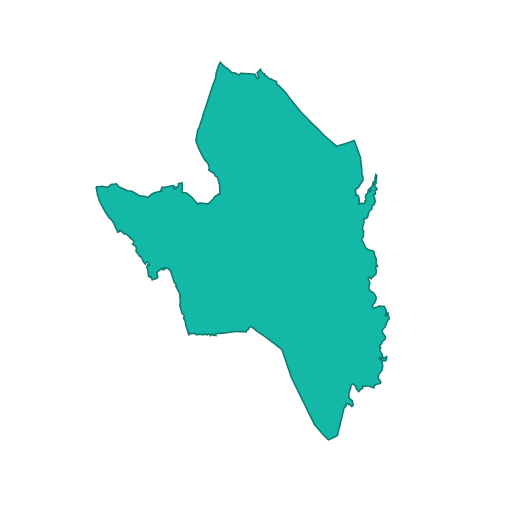 the district of Kombuļu pag., Kraslavas, Latvia, rotated 75°
{"feature_id": "27541924B40746189517992", "entity_name": "Kombuļu pag.", "entity_type": "district", "adm_level": 2, "iso_a3": "LVA", "parent_name": "Latvia", "parent_adm1": "Kraslavas", "projection": "natural_earth1", "projection_center": [27.23, 55.975], "detail": "fine", "context": "isolated", "style": "filled", "palette": "teal", "viewbox_px": 512, "rotation_deg": 75, "n_neighbors": 0, "source": "geoboundaries", "source_scale": "gbopen_adm2", "svg_char_len": 6141}
<svg xmlns="http://www.w3.org/2000/svg" viewBox="0 0 512 512"><g transform="rotate(75 256 256)"><path d="M326.8,285.0L325.8,284.6L325.5,284.1L325.4,283.1L323.0,280.5L322.7,279.2L323.7,278.3L329.2,274.3L337.1,267.4L353.0,255.2L382.3,253.3L433.9,243.2L446.8,236.9L452.4,233.6L451.0,226.0L450.4,223.8L424.8,209.8L424.3,208.6L424.7,208.6L424.3,207.8L422.3,207.3L421.6,206.5L423.5,205.0L423.6,204.1L423.9,203.6L426.2,202.6L425.6,201.1L425.3,200.7L420.5,200.5L418.4,202.3L417.8,202.5L414.2,202.4L410.5,200.5L408.1,198.6L406.1,198.2L404.4,195.8L404.5,195.2L406.0,194.6L407.0,193.7L409.4,193.2L410.0,193.5L413.7,191.9L411.9,189.4L411.6,187.4L409.2,186.6L410.1,185.2L410.1,183.3L410.7,180.9L413.9,176.2L412.4,175.5L411.1,173.8L411.2,169.8L411.1,168.8L410.9,168.3L409.9,168.1L408.4,168.4L406.5,169.3L404.7,169.3L403.0,168.7L402.1,168.1L399.7,164.5L395.5,162.2L394.9,162.0L389.6,161.7L389.6,161.1L390.3,160.1L390.8,158.4L390.3,157.2L389.1,156.5L387.5,155.9L386.8,155.9L386.7,156.1L387.3,156.8L387.5,157.3L387.4,159.1L387.9,160.3L387.7,161.2L388.3,161.8L387.3,162.5L388.1,163.3L387.9,163.5L386.5,163.3L385.7,162.7L385.7,162.0L387.1,161.3L387.3,161.0L386.7,160.1L385.8,159.6L383.7,159.6L379.2,160.8L378.0,160.5L377.4,159.5L376.9,159.3L375.0,160.1L374.6,159.7L374.0,158.2L371.2,155.9L370.0,153.3L369.4,152.4L368.3,152.0L367.4,152.0L362.3,153.7L360.6,153.2L359.4,152.1L357.7,149.3L352.6,145.8L351.2,143.6L350.6,143.3L348.6,143.6L344.9,143.3L344.9,143.7L345.2,144.1L347.7,145.7L347.7,146.1L347.2,146.4L346.1,146.3L344.5,145.0L342.3,144.2L337.7,145.3L337.2,147.6L336.0,150.1L336.8,152.5L336.7,154.4L337.0,155.6L336.8,156.2L335.8,156.5L334.9,156.5L333.9,156.1L333.1,155.5L332.2,153.8L330.9,152.5L327.8,150.7L324.9,150.9L322.7,151.8L321.0,152.8L319.1,154.8L317.0,155.3L315.2,155.1L311.6,153.0L310.3,153.0L307.1,153.7L305.9,152.1L306.1,151.6L307.5,151.0L307.8,150.7L307.2,150.1L306.2,147.8L305.0,146.4L304.9,145.2L304.4,144.8L300.8,143.4L299.2,143.7L298.2,143.6L298.0,143.3L297.6,143.2L297.9,142.9L297.9,142.7L297.4,141.1L296.1,141.7L294.8,141.8L292.8,141.5L291.8,140.9L289.4,140.6L286.1,141.2L282.6,140.9L282.0,141.1L281.0,142.0L280.6,142.7L280.6,143.3L278.8,146.1L276.6,147.8L274.0,148.4L272.7,148.4L267.4,149.7L266.3,149.0L266.2,148.3L264.7,147.1L259.6,145.5L257.7,146.4L251.3,143.0L248.3,142.2L248.2,140.1L247.7,138.6L246.8,137.8L243.0,135.7L242.1,134.7L240.6,131.9L238.3,131.2L237.6,130.4L237.1,128.9L236.6,128.2L234.0,126.6L230.4,126.5L227.7,126.9L227.3,126.3L227.1,124.5L226.3,124.2L224.8,124.5L223.7,124.0L223.5,123.7L223.3,121.9L222.4,121.7L219.0,123.1L217.4,123.3L217.0,123.0L217.5,122.0L217.1,121.3L213.6,120.2L211.1,119.0L209.7,118.7L208.9,118.7L208.3,119.2L209.2,119.5L211.5,121.0L213.0,121.2L214.0,121.6L215.1,124.0L217.1,124.7L219.3,126.5L220.0,128.4L221.9,127.8L222.7,127.9L223.2,129.5L222.6,129.9L221.4,129.6L220.9,130.1L221.2,130.5L223.8,131.6L224.8,133.1L226.3,134.7L227.5,135.1L230.4,134.9L230.8,135.1L230.8,136.0L231.0,136.5L233.2,137.4L233.2,138.3L232.4,140.1L232.7,141.4L232.2,142.2L232.6,143.4L232.1,143.5L230.7,142.1L226.8,141.5L224.4,141.6L223.9,142.0L222.9,143.0L222.8,143.4L223.2,143.7L223.2,144.1L220.4,143.0L218.1,143.3L216.2,139.2L214.1,137.1L210.6,133.0L206.5,132.1L206.0,132.8L199.4,131.4L188.0,129.6L169.8,131.2L170.6,140.1L170.7,148.0L171.1,149.5L156.9,159.2L148.5,163.7L141.1,168.4L133.1,172.7L130.6,174.4L110.5,183.4L110.3,183.3L109.7,183.7L108.4,184.0L102.9,186.5L94.9,191.4L92.7,191.1L91.4,193.0L88.7,195.8L88.2,197.5L84.9,199.2L84.4,200.4L82.5,200.4L81.7,201.0L81.4,202.1L79.2,203.0L76.8,203.4L79.4,207.6L84.5,207.0L85.2,208.9L80.1,210.0L75.5,223.4L76.8,225.7L73.5,229.2L72.9,231.7L67.0,235.3L67.1,235.9L63.1,238.5L59.6,240.3L62.5,242.9L69.2,247.3L73.2,248.7L80.9,254.3L99.2,266.1L106.2,270.9L107.1,271.1L117.7,278.1L119.1,279.7L127.4,283.5L127.4,283.0L128.5,284.0L131.3,284.3L133.4,283.7L136.5,283.7L144.0,282.2L148.9,281.0L151.1,280.1L153.5,278.6L158.6,278.2L160.8,279.5L165.8,274.9L168.2,274.6L170.1,272.8L177.2,272.9L177.3,272.7L186.8,274.8L186.4,276.2L186.9,277.0L187.6,279.2L187.7,280.0L188.6,281.4L189.5,281.9L193.2,288.6L190.8,295.4L190.4,295.6L190.2,297.4L191.1,298.9L183.7,302.2L180.6,304.2L177.0,307.0L175.5,311.0L167.8,308.7L166.2,308.5L166.0,312.2L168.3,312.7L169.0,315.3L170.0,315.5L170.0,317.9L167.7,316.6L166.4,317.9L166.0,326.8L165.2,328.9L167.9,330.9L168.7,330.4L168.6,337.0L168.9,340.0L171.5,345.4L169.9,347.4L167.7,352.9L161.7,358.7L160.7,360.2L160.3,362.3L153.8,370.4L150.8,371.8L149.9,372.6L150.0,373.9L149.4,377.2L149.7,378.3L150.6,379.6L151.0,381.8L150.7,383.1L149.0,386.1L148.6,387.6L148.6,389.2L148.1,390.4L147.8,391.8L149.0,392.2L148.8,392.7L156.2,393.3L162.8,392.9L173.4,390.5L180.6,388.2L182.7,387.1L183.8,386.1L187.5,385.0L193.5,384.1L194.6,383.7L197.2,383.5L197.2,382.0L196.0,381.3L196.0,381.0L196.4,380.5L197.9,379.4L198.6,378.5L200.3,378.0L200.8,377.1L201.1,375.7L201.4,375.4L202.9,374.7L204.5,373.3L206.2,373.0L208.1,371.2L209.6,370.4L210.7,370.4L212.4,371.4L212.6,372.2L213.7,371.3L214.5,370.2L216.7,369.5L218.1,369.5L218.8,370.2L221.1,370.7L223.1,369.3L225.8,368.8L227.7,367.0L228.9,366.7L231.3,366.6L234.8,365.4L235.2,364.9L234.0,364.0L233.8,362.6L234.0,362.1L234.9,361.7L236.0,361.4L237.4,361.8L237.7,362.3L236.8,362.6L236.6,362.8L236.7,363.1L237.5,363.9L238.4,364.3L241.2,364.2L248.0,365.0L248.8,364.2L249.1,363.6L248.4,362.8L252.2,362.5L252.0,357.7L250.9,356.3L248.0,356.4L248.1,356.2L247.8,356.0L246.4,356.0L245.9,355.8L246.0,355.2L245.1,353.9L245.0,352.8L244.4,352.2L244.3,351.6L243.8,351.4L243.9,350.6L244.4,350.2L243.8,350.3L243.6,350.0L243.9,349.2L243.9,348.2L245.3,348.3L245.4,348.0L244.9,347.3L243.7,346.7L244.2,346.4L245.2,344.7L245.4,343.8L247.2,343.2L247.9,342.5L260.3,341.8L263.4,340.2L264.1,341.3L273.7,339.2L274.2,339.8L279.9,340.9L285.2,342.7L287.0,342.0L288.3,342.4L292.4,342.3L294.2,341.1L295.3,340.7L297.1,342.2L300.0,341.3L305.4,341.7L315.4,341.3L313.2,340.5L314.1,339.4L315.0,335.1L316.4,334.5L316.6,333.7L317.0,332.5L317.0,331.2L318.5,327.0L318.0,326.5L319.6,323.5L318.9,322.1L319.5,321.2L321.1,320.7L320.3,319.4L321.5,317.8L320.6,317.9L322.5,315.3L320.6,314.6L322.0,308.2L323.6,295.5L326.8,285.0Z" fill="#14b8a6" stroke="#0f766e" stroke-width="1.5"/></g></svg>